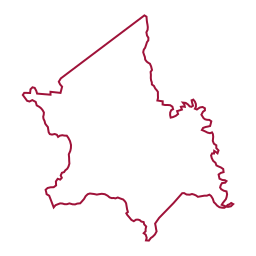 the district of Fraiburgo, Santa Catarina, Brazil
{"feature_id": "56859067B37752043800288", "entity_name": "Fraiburgo", "entity_type": "district", "adm_level": 2, "iso_a3": "BRA", "parent_name": "Brazil", "parent_adm1": "Santa Catarina", "projection": "natural_earth1", "projection_center": [-50.848, -27.028], "detail": "fine", "context": "isolated", "style": "outline", "palette": "rose", "viewbox_px": 256, "rotation_deg": 0, "n_neighbors": 0, "source": "geoboundaries", "source_scale": "gbopen_adm2", "svg_char_len": 3630}
<svg xmlns="http://www.w3.org/2000/svg" viewBox="0 0 256 256"><path d="M226.5,181.1L224.9,180.2L222.4,180.0L219.5,178.7L218.6,174.5L220.9,172.9L223.6,172.1L223.2,169.0L220.8,167.4L218.4,166.4L216.4,165.4L215.5,162.8L213.2,160.9L211.8,158.2L211.1,155.5L212.1,153.4L214.0,153.5L214.2,150.9L215.9,152.0L217.5,153.3L218.5,150.4L216.3,148.1L216.3,145.3L213.9,143.7L212.8,140.9L213.2,136.8L212.9,134.1L212.0,132.4L210.0,133.2L207.5,132.6L205.8,131.7L204.1,130.9L201.9,130.0L203.1,127.9L205.6,127.0L208.1,126.5L210.1,126.0L210.7,123.8L211.3,121.3L209.3,119.9L207.0,119.8L205.1,119.3L203.6,118.2L202.6,116.6L201.4,114.7L203.0,111.7L204.9,110.4L204.9,108.3L202.6,107.0L200.1,107.4L198.6,108.3L196.9,109.5L194.9,108.7L195.9,106.8L195.9,104.1L194.9,101.6L193.3,99.6L191.6,100.3L192.2,103.0L193.0,105.8L191.4,106.8L189.7,106.4L187.9,104.4L185.7,102.9L182.9,102.6L184.4,104.6L184.8,106.8L182.8,106.5L180.9,106.8L181.9,109.6L179.5,110.4L177.1,111.1L178.1,114.0L175.7,115.9L172.9,117.1L170.7,117.6L170.1,115.0L170.2,112.5L171.2,110.2L173.1,109.2L172.4,106.7L170.2,105.2L167.8,105.0L165.0,105.0L162.6,104.5L162.7,101.3L160.4,101.0L157.4,100.5L158.0,98.0L157.9,95.0L157.9,91.9L156.8,90.3L155.3,88.6L153.9,85.9L151.9,84.5L151.8,82.3L151.1,80.4L150.8,78.1L150.9,74.9L150.6,71.9L152.0,70.0L151.1,66.4L149.9,63.7L148.3,62.8L146.7,61.6L145.2,59.6L144.9,57.1L144.0,54.7L143.2,52.2L143.8,49.6L145.1,47.8L146.1,44.9L147.0,42.1L148.3,40.4L148.4,37.8L147.0,35.5L146.4,32.3L147.6,29.8L147.8,27.1L147.5,24.8L147.1,22.7L146.8,20.5L146.5,16.7L144.4,15.4L60.8,78.4L58.8,81.7L60.1,84.4L62.1,86.7L60.5,92.9L50.5,91.8L50.5,94.7L37.1,93.6L36.3,90.9L34.7,87.9L32.5,87.3L30.5,89.3L30.1,93.0L27.0,92.9L24.2,92.9L22.8,95.0L24.9,97.8L27.1,100.8L29.5,101.5L32.3,100.1L35.7,101.9L36.7,105.4L39.4,106.9L41.2,108.4L42.7,110.3L43.9,112.5L43.7,114.8L43.2,116.7L43.5,118.8L44.6,121.1L45.2,123.6L46.5,125.4L47.9,127.1L48.2,129.3L48.7,132.3L49.8,134.1L52.0,134.6L54.7,134.0L56.9,134.8L58.1,136.9L59.8,135.7L62.3,135.2L64.4,135.6L66.8,135.7L68.3,137.8L70.0,141.1L71.0,145.0L70.9,148.1L70.3,150.9L68.8,154.3L69.1,157.8L69.2,161.0L69.4,163.6L68.5,166.5L67.3,168.7L65.3,170.3L64.1,172.1L61.9,172.8L60.7,175.5L61.8,177.8L60.2,179.6L57.7,178.8L55.9,181.4L56.1,185.4L53.7,187.2L50.5,187.3L47.6,188.0L45.6,189.8L46.2,192.1L46.6,194.2L49.2,195.7L50.7,199.6L53.7,207.4L55.5,205.2L58.2,204.1L60.1,203.4L62.2,203.5L64.7,204.2L66.9,204.2L69.4,203.4L72.6,204.3L75.1,204.4L77.2,203.6L80.2,203.3L82.1,201.2L84.1,198.9L85.6,196.2L87.7,194.2L89.9,193.5L94.0,194.0L96.8,194.6L99.0,194.2L101.8,193.8L104.8,194.2L107.6,195.7L109.6,197.4L111.7,198.1L113.7,198.0L115.4,198.4L117.8,197.5L119.5,198.2L121.2,198.8L123.2,199.5L125.1,201.5L126.1,203.3L126.5,205.7L127.1,209.3L127.9,212.0L126.3,213.3L127.3,215.0L129.2,217.2L131.4,219.9L133.8,221.2L136.0,219.7L138.0,219.6L139.7,220.1L141.4,221.6L143.6,222.0L144.2,224.4L146.2,226.5L145.6,229.0L145.6,231.3L143.7,233.2L145.7,234.7L146.7,237.8L146.0,240.4L148.9,240.6L150.8,238.0L152.7,236.7L154.9,234.5L156.6,231.4L156.1,229.1L155.7,226.5L155.1,223.6L159.1,217.9L173.5,203.1L182.2,193.2L184.1,193.1L186.5,194.5L189.7,194.7L192.0,194.0L194.1,194.6L196.1,195.5L197.9,196.8L200.8,196.3L204.2,195.7L206.8,195.7L209.4,194.7L211.1,196.0L212.8,198.8L213.9,202.2L215.4,203.6L217.1,205.6L219.4,207.2L222.1,207.7L224.3,207.8L226.2,206.6L224.1,205.7L221.7,204.8L222.8,203.0L224.4,201.0L225.9,199.1L226.6,197.0L227.1,194.2L226.5,191.4L223.7,190.7L221.2,189.2L220.1,187.5L220.7,185.4L222.0,183.1L225.2,182.7L226.5,181.1ZM226.2,206.6L228.0,206.9L230.9,206.3L233.2,204.1L231.2,203.0L229.4,204.3L227.7,204.9L226.2,206.6Z" fill="none" stroke="#9f1239" stroke-width="2"/></svg>